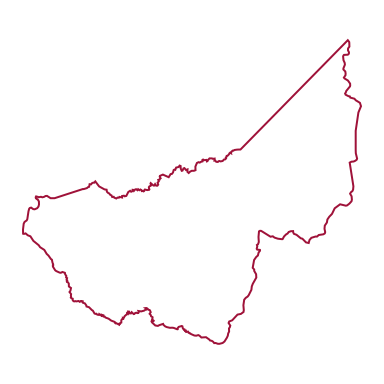 the district of Apartadó, Antioquia, Colombia
{"feature_id": "7082276B99397100908240", "entity_name": "Apartadó", "entity_type": "district", "adm_level": 2, "iso_a3": "COL", "parent_name": "Colombia", "parent_adm1": "Antioquia", "projection": "mercator", "projection_center": [-76.61, 7.921], "detail": "fine", "context": "isolated", "style": "outline", "palette": "rose", "viewbox_px": 384, "rotation_deg": 0, "n_neighbors": 0, "source": "geoboundaries", "source_scale": "gbopen_adm2", "svg_char_len": 5969}
<svg xmlns="http://www.w3.org/2000/svg" viewBox="0 0 384 384"><path d="M347.8,40.2L240.5,149.5L237.2,149.6L234.4,150.0L233.4,150.7L232.7,150.6L231.3,151.8L231.3,152.4L230.5,152.6L230.7,153.1L230.1,152.8L229.5,153.2L228.9,154.4L227.5,155.8L226.7,155.9L226.6,156.7L225.8,157.5L226.1,158.3L225.3,159.3L224.0,159.5L222.6,161.0L220.6,161.4L219.3,161.0L218.4,161.3L218.1,161.8L217.1,162.0L215.8,161.5L215.3,160.5L214.4,160.6L214.6,158.6L212.7,158.8L212.0,158.4L209.5,158.4L207.9,160.2L207.5,161.1L206.9,161.4L206.4,159.9L203.9,160.2L203.4,159.6L202.9,159.6L202.3,160.1L202.5,161.4L200.5,162.0L199.8,162.6L198.5,162.2L196.9,163.0L195.4,166.6L195.5,170.2L193.9,170.8L191.7,170.8L190.0,171.7L188.7,173.0L187.4,171.8L187.5,169.4L186.0,170.0L184.4,168.1L183.5,168.4L182.5,170.6L181.7,170.8L180.7,168.5L180.6,166.0L179.6,165.6L178.6,167.0L176.1,167.6L175.3,169.8L174.4,169.6L173.7,170.0L173.0,172.5L171.9,173.9L170.6,174.1L168.7,177.2L162.9,174.6L159.9,175.9L159.7,176.7L160.6,178.3L159.7,179.0L159.6,179.6L158.3,179.9L158.8,181.3L157.6,182.7L158.2,184.6L157.4,185.7L156.2,185.7L155.1,184.1L154.3,185.5L153.4,185.5L150.7,183.1L150.5,183.5L151.1,185.3L150.6,185.9L149.5,186.3L148.9,187.1L148.9,188.1L149.4,189.3L149.1,189.8L147.2,190.1L144.9,189.5L144.4,190.0L144.2,191.0L143.6,191.4L142.9,191.0L141.8,191.1L141.5,190.1L140.4,189.5L139.3,190.2L138.1,189.2L137.4,190.2L136.1,189.2L135.1,189.5L133.9,190.9L133.3,189.9L132.6,189.8L132.5,191.0L131.5,191.7L131.0,191.7L130.1,190.8L128.3,192.0L126.3,195.9L124.7,196.3L124.0,195.7L122.1,196.0L122.1,197.5L119.4,196.9L118.9,197.7L117.5,197.6L116.3,198.5L114.3,197.7L113.7,196.8L112.2,197.0L111.5,195.4L110.2,194.8L109.3,193.5L108.2,193.0L106.9,191.7L106.6,189.7L104.5,189.4L99.1,186.4L95.3,181.4L94.2,182.7L93.4,182.6L92.1,183.1L91.0,184.4L89.6,184.2L89.1,186.8L88.1,187.1L86.9,188.1L83.7,189.1L83.0,189.0L54.6,198.2L50.6,198.2L47.0,195.9L45.6,196.0L44.0,196.9L42.3,197.3L41.0,196.8L38.3,197.3L38.0,196.9L36.1,196.4L35.7,197.2L35.9,198.3L38.1,200.0L38.9,201.5L39.0,204.4L38.5,206.5L37.2,208.2L34.7,209.3L33.2,209.1L31.1,207.6L29.8,208.0L29.2,208.7L28.5,211.2L27.3,219.2L26.7,220.4L24.6,221.9L23.7,223.7L23.0,229.6L23.1,233.7L24.0,233.9L25.6,233.4L27.8,235.3L30.4,236.3L33.4,240.9L38.7,245.2L40.1,247.2L44.3,249.9L46.7,253.9L48.5,255.6L50.9,259.0L51.9,259.7L52.5,262.7L53.2,264.3L52.8,265.1L53.2,265.7L52.9,266.6L55.2,270.3L56.3,271.1L59.6,272.6L60.8,272.8L62.4,272.0L64.9,272.8L65.2,274.4L66.3,275.9L66.1,277.4L67.1,278.1L66.6,279.5L67.2,280.3L66.7,280.9L67.0,282.0L67.9,282.2L68.8,283.6L68.9,286.5L71.0,288.0L70.4,290.8L69.5,292.0L71.1,294.1L70.9,295.5L71.1,296.9L70.8,297.6L71.5,298.3L72.7,298.7L72.7,300.1L73.5,301.2L74.4,301.4L75.2,301.1L76.2,301.4L78.6,301.0L79.7,301.8L80.8,301.0L81.5,301.0L81.6,301.5L82.7,301.3L82.9,302.7L84.9,303.4L86.3,305.4L86.5,306.5L89.0,307.2L91.8,310.0L92.9,310.7L94.5,313.5L95.4,313.9L96.3,313.7L97.2,314.6L98.5,314.9L98.9,314.9L99.2,314.1L100.1,314.9L100.9,314.6L101.6,316.0L102.6,315.9L102.4,315.0L103.5,315.3L103.7,316.6L104.7,316.6L105.4,317.5L108.6,318.7L111.2,320.6L114.4,321.8L115.7,322.8L115.3,323.1L115.6,323.4L116.7,323.4L119.1,324.7L119.2,324.1L119.7,324.0L119.5,323.5L121.3,322.6L121.3,320.3L122.0,319.2L123.1,319.0L122.9,317.7L123.8,317.8L124.7,316.1L127.0,314.1L127.1,312.7L128.0,312.3L128.1,311.5L128.6,311.6L128.7,313.2L129.4,312.3L129.9,313.4L131.0,313.4L131.7,312.2L133.7,314.1L134.3,314.0L135.2,313.0L136.3,312.7L137.3,313.1L138.3,313.0L138.8,312.1L138.4,311.0L141.2,311.4L144.0,310.7L145.5,309.7L146.5,309.6L146.8,309.0L145.5,308.1L146.2,308.0L147.2,308.4L148.6,309.8L149.6,310.0L150.1,310.7L150.7,312.2L149.6,313.8L150.8,315.1L151.1,316.3L152.5,317.1L152.6,317.9L152.1,319.4L153.7,320.7L153.5,321.1L151.7,320.9L151.5,321.5L152.1,322.5L155.3,325.5L157.9,325.9L159.4,325.1L163.1,323.9L163.5,324.9L165.2,326.4L166.8,327.1L169.9,327.8L172.3,327.7L173.7,327.9L177.3,329.3L177.7,329.2L177.8,328.0L178.7,326.9L181.7,326.0L182.4,326.3L182.8,328.2L183.5,329.2L184.2,329.3L184.1,329.9L185.5,330.3L185.3,331.0L186.0,331.0L186.1,331.4L185.6,331.4L186.1,332.0L188.0,331.6L188.6,332.8L189.2,332.8L189.7,333.4L190.3,333.4L190.9,334.0L194.3,335.5L196.2,335.7L198.3,335.1L199.5,335.7L201.4,337.5L206.0,337.2L209.4,339.6L209.9,340.4L211.9,340.9L213.2,341.8L214.2,343.1L215.6,343.0L217.9,343.8L219.5,343.8L222.6,343.0L224.5,341.5L226.9,337.7L227.8,335.7L228.2,333.4L229.1,331.6L229.0,328.4L229.8,327.3L230.3,325.6L228.6,323.0L229.2,321.5L232.2,320.3L237.5,314.6L240.9,313.9L243.5,312.0L243.8,310.2L243.4,305.2L244.2,299.7L245.8,297.8L247.6,296.6L248.7,295.2L251.4,289.8L251.8,286.4L252.8,283.8L256.3,277.6L256.1,274.2L254.2,270.9L254.2,269.5L252.7,267.8L254.1,260.0L256.2,257.0L257.9,255.5L258.6,252.6L260.0,250.7L259.9,249.9L257.2,249.6L256.7,248.8L257.3,246.2L256.9,245.0L258.1,244.1L258.8,242.0L258.5,236.9L259.0,231.4L260.0,230.8L261.2,230.9L270.5,236.7L272.8,236.3L274.5,237.6L277.9,238.7L282.1,239.2L282.6,239.1L284.1,236.4L286.2,234.3L287.5,233.6L288.7,232.0L290.9,231.2L293.1,231.1L293.2,232.4L293.9,233.8L296.5,234.8L300.8,238.3L302.4,238.7L306.0,242.4L308.7,243.0L309.5,240.0L311.4,237.8L315.6,236.5L317.0,236.6L318.8,235.0L323.4,234.3L324.8,233.4L325.2,232.1L324.5,228.8L324.8,225.6L326.9,222.5L327.4,219.5L329.3,216.7L332.0,213.9L334.7,208.3L340.1,204.3L345.9,205.7L347.1,205.4L349.3,203.7L351.5,201.3L351.9,199.6L351.6,196.3L350.1,193.7L350.9,192.3L352.4,191.1L353.1,189.6L353.4,186.3L349.7,162.6L351.4,161.7L353.7,161.5L355.4,160.7L356.7,159.7L357.1,158.6L355.8,153.2L355.7,150.1L355.7,130.8L358.4,112.5L361.0,106.2L359.9,102.8L355.8,100.3L354.4,98.7L350.3,97.6L349.8,96.4L348.5,96.2L345.6,94.7L345.1,93.4L345.7,92.7L346.3,90.9L350.0,86.4L350.2,85.5L350.1,83.6L347.9,80.5L344.6,78.5L343.9,77.6L345.5,75.2L345.6,73.4L345.3,71.5L343.4,69.5L343.4,68.4L344.9,64.7L344.7,62.9L343.5,60.2L343.1,56.5L343.4,55.6L344.0,54.9L347.8,54.7L348.7,53.9L349.0,53.0L348.9,52.1L348.0,50.4L348.0,49.4L348.1,48.4L349.4,46.6L349.3,42.9L349.2,42.0L347.8,40.2Z" fill="none" stroke="#9f1239" stroke-width="2"/></svg>